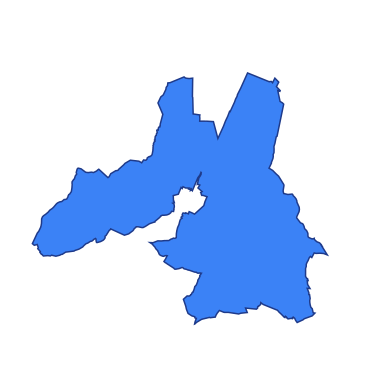 Santiago Miahuatlán, Puebla, Mexico, rotated 192°
{"feature_id": "50627088B95551626553051", "entity_name": "Santiago Miahuatlán", "entity_type": "district", "adm_level": 2, "iso_a3": "MEX", "parent_name": "Mexico", "parent_adm1": "Puebla", "projection": "robinson", "projection_center": [-97.421, 18.55], "detail": "fine", "context": "isolated", "style": "filled", "palette": "blue", "viewbox_px": 384, "rotation_deg": 192, "n_neighbors": 0, "source": "geoboundaries", "source_scale": "gbopen_adm2", "svg_char_len": 6007}
<svg xmlns="http://www.w3.org/2000/svg" viewBox="0 0 384 384"><g transform="rotate(192 192 192)"><path d="M99.0,96.8L83.8,94.1L81.9,92.6L79.2,91.0L75.6,88.6L74.9,89.8L73.9,88.8L73.7,89.3L71.7,87.8L68.8,89.0L67.3,89.0L67.1,89.7L67.5,90.1L67.0,90.7L65.3,89.8L63.9,87.9L62.0,86.2L56.8,90.1L55.8,91.4L48.7,95.8L46.6,99.1L48.4,99.1L50.1,102.8L51.8,104.0L53.0,106.3L53.8,108.4L54.3,110.4L54.3,112.4L55.7,116.1L56.4,116.0L56.8,117.9L59.3,121.7L56.5,122.1L59.7,125.6L60.9,129.3L60.0,129.5L61.0,131.3L61.7,131.2L63.4,133.1L65.0,140.8L64.8,143.0L65.2,145.0L64.9,146.9L64.2,149.1L63.7,151.9L62.8,153.6L61.2,152.8L59.8,157.8L58.0,157.7L54.3,158.7L50.5,159.2L46.6,158.6L54.1,166.4L53.8,166.4L54.4,167.0L54.5,167.3L56.5,168.7L57.1,168.9L59.2,169.2L61.0,170.1L62.7,171.3L62.8,172.1L64.1,171.3L65.0,171.1L68.1,171.7L69.1,172.3L69.6,173.6L69.9,175.2L70.4,176.2L72.0,178.2L73.4,179.0L74.3,179.7L75.2,181.6L76.5,183.4L77.3,184.0L79.5,184.4L84.2,188.4L84.4,189.5L83.2,195.0L83.3,197.2L84.0,199.4L87.2,203.8L87.7,205.3L88.7,206.8L90.3,208.2L92.3,209.5L93.0,210.5L93.6,210.8L97.7,209.5L102.0,209.6L103.1,211.9L103.4,217.4L103.8,218.4L110.6,225.5L113.5,227.2L117.6,229.9L121.6,231.3L120.3,236.8L120.5,237.3L119.8,241.6L119.9,243.6L120.4,245.5L120.0,247.6L120.6,250.9L121.3,253.5L121.0,257.0L121.1,263.4L120.4,264.2L120.6,297.0L122.1,298.0L124.7,298.9L129.2,309.1L127.0,308.7L126.8,309.5L131.3,312.6L130.0,317.5L134.6,320.6L135.9,315.6L137.3,316.6L138.9,316.2L139.3,315.9L162.4,320.0L165.9,303.9L167.8,296.7L167.8,295.0L168.7,291.9L169.1,288.7L171.4,278.5L172.0,278.7L172.8,273.5L174.0,268.5L174.9,262.8L177.8,249.7L185.7,265.3L192.4,264.3L199.2,262.9L199.6,265.5L200.3,267.9L200.3,269.0L207.1,268.6L210.9,284.5L211.4,285.3L215.0,303.5L218.3,302.4L220.1,302.2L222.1,302.1L223.7,302.9L236.3,294.3L238.3,293.7L238.1,290.9L239.0,289.0L238.9,286.9L240.3,281.0L242.3,278.5L243.8,272.0L236.7,261.9L237.2,251.7L236.9,250.3L237.2,249.9L236.9,249.1L237.3,248.8L237.8,248.7L238.1,248.1L238.2,247.0L237.9,245.6L238.9,245.5L239.3,245.1L238.3,242.7L238.7,242.2L238.9,241.4L238.7,239.9L239.1,239.6L239.5,238.8L239.3,236.3L239.0,235.6L239.5,235.0L238.8,234.3L238.8,233.8L239.3,233.4L239.3,233.0L239.8,231.5L239.4,230.3L239.8,229.5L239.3,227.9L239.4,227.3L239.1,226.4L239.2,225.8L239.0,225.5L238.9,224.7L238.8,220.3L239.4,219.1L240.6,217.8L240.9,217.9L241.7,217.4L242.9,216.0L242.8,214.9L243.8,213.4L246.0,213.3L247.3,210.1L250.3,211.1L258.9,210.3L263.5,206.1L264.5,204.3L268.4,199.0L268.8,198.0L269.7,197.4L271.0,197.0L275.3,193.0L276.2,189.8L277.2,188.6L287.9,194.9L288.7,194.1L289.7,192.7L292.3,190.6L294.5,190.5L297.6,189.4L300.1,189.2L305.3,191.6L308.1,191.7L308.7,191.4L309.1,190.5L309.3,187.3L309.2,186.7L308.5,185.6L308.7,184.9L309.3,184.2L309.5,183.4L309.8,180.2L310.3,179.8L311.4,177.1L311.2,175.7L310.8,174.6L310.3,171.0L310.1,167.3L311.2,164.6L312.0,163.8L312.3,162.7L312.4,161.2L313.1,159.0L314.8,158.2L315.5,158.1L317.4,155.6L319.4,154.8L321.2,153.4L322.1,152.3L324.2,148.4L325.3,146.8L327.3,144.7L328.5,142.4L330.5,139.8L332.3,137.9L333.1,136.6L333.5,134.5L332.7,130.0L332.6,127.7L332.7,126.0L333.7,121.8L334.8,119.6L337.4,108.3L335.2,107.1L332.5,108.5L330.8,105.7L331.1,104.5L328.0,102.2L328.3,101.5L328.2,101.4L326.4,99.8L325.9,99.8L324.1,98.5L319.8,99.8L317.3,100.0L316.2,101.0L311.8,100.9L308.1,102.7L307.2,103.6L305.9,104.1L303.1,106.9L295.1,109.7L294.3,110.5L290.7,112.6L287.5,115.5L286.6,117.1L285.0,119.3L283.3,120.4L281.0,122.7L279.8,123.1L278.8,124.2L278.3,125.1L276.8,126.5L276.4,126.3L276.1,125.9L275.6,124.1L274.9,122.8L274.1,122.9L271.1,124.5L269.0,126.2L268.2,127.3L267.6,128.6L267.5,129.4L267.8,129.9L267.8,130.8L267.0,131.6L265.0,137.2L264.1,138.2L263.9,139.0L249.1,135.7L245.2,137.9L241.8,141.8L241.1,143.2L240.9,144.2L239.6,145.6L239.4,146.4L237.3,146.8L233.5,146.8L232.4,147.1L230.4,148.7L227.0,152.1L222.7,154.7L222.1,154.8L222.0,155.7L218.9,159.6L217.4,161.9L217.5,162.1L216.3,163.1L214.7,163.4L211.9,164.3L210.0,165.5L208.6,167.1L207.9,168.9L206.0,169.1L206.0,171.4L206.3,171.5L206.2,173.8L206.7,175.6L207.4,176.7L208.4,177.1L207.0,177.8L207.9,179.4L208.2,179.2L209.6,184.6L204.9,187.0L203.6,194.2L202.3,193.4L201.9,195.3L199.2,194.6L195.7,195.2L196.0,194.2L194.2,194.0L193.5,195.9L193.8,193.1L192.6,193.9L191.9,193.3L189.2,207.3L187.8,210.2L187.3,213.1L186.9,212.8L187.0,212.1L186.8,211.4L187.2,209.6L188.2,207.2L188.4,200.6L188.1,200.8L185.8,200.4L187.0,197.2L182.2,194.5L183.4,193.3L182.4,192.0L182.4,191.5L181.7,190.7L180.6,191.0L176.3,190.5L177.3,185.3L177.6,181.1L184.9,170.9L187.2,171.5L190.7,172.2L191.0,169.9L193.8,170.3L193.9,169.7L195.8,169.7L196.6,169.4L196.9,167.5L196.1,166.7L197.4,165.1L196.3,164.3L197.6,162.9L197.9,160.9L198.0,157.5L198.7,154.3L198.8,150.8L198.6,147.8L197.9,144.1L199.0,143.1L200.7,143.0L201.5,142.2L202.7,141.6L204.6,139.7L208.9,138.7L211.9,137.7L215.3,137.1L219.6,134.3L222.6,133.8L219.6,132.6L219.0,131.9L216.7,130.3L216.2,129.6L214.9,128.4L213.3,127.5L213.1,126.9L211.9,125.6L211.7,125.1L210.8,124.0L209.2,123.4L207.3,123.1L206.2,123.2L205.5,123.9L203.9,124.5L203.0,124.5L203.2,124.0L203.9,121.1L205.0,118.2L203.6,117.4L202.0,116.9L201.5,116.6L193.9,113.7L193.1,113.0L191.9,113.1L188.7,114.4L186.2,116.0L185.7,116.1L185.1,116.0L183.8,115.2L181.4,115.2L179.4,114.8L179.1,115.0L172.8,114.2L170.9,114.4L170.4,114.0L169.3,113.8L167.2,114.5L166.0,114.5L166.5,113.7L166.3,113.1L167.0,112.2L167.0,111.5L166.7,111.2L167.1,109.3L168.0,106.9L167.8,106.1L168.2,103.3L168.6,101.6L169.6,100.1L169.7,97.2L170.0,95.7L170.0,94.5L170.4,94.4L170.9,93.7L171.3,91.9L171.6,91.5L172.0,91.3L172.0,90.7L172.6,90.0L173.3,89.6L175.2,89.3L178.1,85.3L174.3,78.9L173.1,76.2L170.6,72.4L166.4,70.8L163.4,70.6L163.2,69.9L162.7,69.3L161.5,69.3L162.0,65.7L162.0,63.4L161.6,63.7L160.5,65.4L156.3,69.3L155.1,70.0L148.8,73.0L148.1,72.8L143.2,74.5L143.0,76.1L142.2,78.6L140.6,81.8L136.1,81.0L135.2,81.0L131.4,81.8L121.0,82.4L119.0,83.6L112.9,85.6L115.5,89.6L104.6,90.8L103.7,92.1L103.9,93.4L103.2,94.3L103.0,94.2L101.5,96.2L101.7,98.1L99.0,96.8Z" fill="#3b82f6" stroke="#1e3a8a" stroke-width="1.5"/></g></svg>